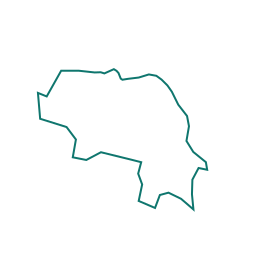 outline of Krimuldas, rotated 298°
{"feature_id": "LVA-5768", "entity_name": "Krimuldas", "entity_type": "Municipality", "adm_level": 1, "iso_a3": "LVA", "parent_name": "Latvia", "parent_adm1": "", "projection": "mercator", "projection_center": [24.791, 57.268], "detail": "fine", "context": "isolated", "style": "outline", "palette": "teal", "viewbox_px": 256, "rotation_deg": 298, "n_neighbors": 0, "source": "natural_earth", "source_scale": "10m", "svg_char_len": 688}
<svg xmlns="http://www.w3.org/2000/svg" viewBox="0 0 256 256"><g transform="rotate(298 128 128)"><path d="M147.2,42.1L155.4,57.5L161.4,72.5L164.4,77.7L165.1,81.5L173.3,87.9L173.1,91.0L172.1,93.8L168.2,98.4L168.0,100.4L171.4,104.9L177.6,113.8L185.1,121.3L187.4,128.5L186.5,134.9L184.1,142.8L180.6,149.7L172.2,161.4L166.3,174.5L158.2,181.0L144.0,185.7L137.5,196.9L134.4,212.8L128.3,217.5L125.8,209.1L112.6,209.1L99.5,215.6L86.8,224.0L90.4,208.1L89.9,194.1L83.8,187.6L70.1,189.4L68.6,171.7L84.8,167.0L92.5,158.4L104.0,155.7L101.5,145.5L93.9,115.5L80.2,106.2L76.2,93.0L93.4,87.4L100.0,73.3L94.9,46.1L116.7,32.0L117.7,41.4L147.2,42.1Z" fill="none" stroke="#0f766e" stroke-width="2"/></g></svg>